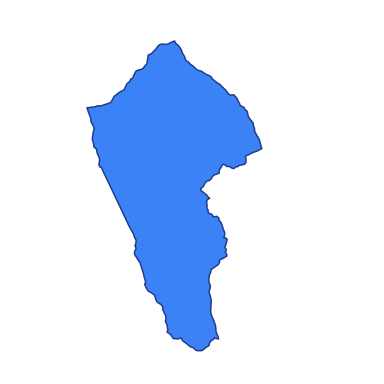 the district of Andradina, São Paulo, Brazil, rotated 333°
{"feature_id": "56859067B92284458122912", "entity_name": "Andradina", "entity_type": "district", "adm_level": 2, "iso_a3": "BRA", "parent_name": "Brazil", "parent_adm1": "São Paulo", "projection": "equal_earth", "projection_center": [-51.316, -20.865], "detail": "fine", "context": "isolated", "style": "filled", "palette": "blue", "viewbox_px": 384, "rotation_deg": 333, "n_neighbors": 0, "source": "geoboundaries", "source_scale": "gbopen_adm2", "svg_char_len": 3667}
<svg xmlns="http://www.w3.org/2000/svg" viewBox="0 0 384 384"><g transform="rotate(333 192 192)"><path d="M274.0,184.9L274.2,182.6L275.0,179.7L275.7,176.3L275.7,172.9L275.4,170.7L275.4,168.5L275.4,166.2L276.5,163.8L276.9,160.8L277.8,158.2L277.2,155.5L276.6,152.6L276.5,149.7L277.4,146.9L277.7,144.7L276.5,142.2L276.8,140.4L275.5,138.5L274.2,136.9L274.5,134.7L274.4,132.1L274.6,129.6L274.2,127.2L273.3,124.3L271.1,123.6L269.3,122.0L268.8,119.5L268.3,116.5L267.4,114.1L266.6,111.8L266.1,109.9L265.4,108.2L263.8,105.8L262.4,102.6L261.3,99.9L261.3,97.8L259.8,95.6L258.4,94.1L257.1,92.0L255.3,88.7L252.3,86.0L251.4,84.0L250.5,81.3L249.3,78.6L248.4,77.2L247.9,74.6L246.3,72.2L246.6,69.6L246.8,67.0L246.5,64.0L247.0,60.9L246.9,58.2L246.3,55.2L244.9,52.0L245.0,49.6L242.4,49.2L239.6,49.2L237.3,49.2L234.9,48.2L233.1,46.9L231.3,46.2L229.5,46.1L227.8,46.6L224.1,48.6L222.5,48.9L220.5,49.7L218.5,50.3L215.0,50.2L213.9,52.0L212.1,54.2L210.9,56.2L209.7,57.4L208.0,58.0L206.5,58.6L204.5,59.7L202.6,59.8L199.6,59.0L197.2,58.8L195.6,59.8L192.8,61.9L190.8,63.6L188.5,63.6L186.8,65.2L183.2,66.0L180.6,68.0L177.7,70.2L176.2,70.1L174.7,70.1L173.3,70.2L171.7,70.3L167.9,71.2L166.0,71.4L162.7,73.9L160.1,75.3L157.5,75.1L149.9,73.9L148.3,73.0L146.4,72.2L143.8,72.0L140.5,70.6L138.2,70.0L136.7,69.4L136.3,71.6L135.9,74.3L135.7,76.7L135.4,79.2L134.9,81.3L134.0,83.2L134.0,87.5L133.9,90.5L132.6,92.3L130.8,94.3L129.5,96.4L128.0,98.2L126.8,100.6L126.6,102.6L126.1,105.0L125.1,107.2L126.3,110.4L125.0,115.2L125.0,118.8L124.5,121.0L122.8,123.6L121.4,125.5L121.2,127.6L122.4,129.0L122.2,132.8L121.8,148.4L120.8,183.5L120.5,192.2L120.4,194.3L120.6,197.1L120.7,200.4L120.8,203.5L120.1,206.6L120.4,209.5L118.4,212.6L117.0,213.7L116.5,217.1L113.8,219.0L112.7,220.8L112.5,222.7L112.9,224.8L113.1,228.4L113.6,231.4L113.0,234.8L112.3,238.8L111.9,242.1L111.2,244.2L110.7,246.5L110.4,248.9L109.4,251.8L107.9,252.7L107.7,256.9L108.1,260.8L109.7,262.7L111.8,267.0L111.0,271.3L110.8,273.3L111.6,275.4L113.4,278.4L113.8,281.3L112.5,283.5L112.3,290.9L111.2,293.3L109.5,295.2L109.5,299.3L108.6,301.5L107.8,304.0L106.2,305.5L107.3,307.5L108.2,309.2L108.8,314.0L110.8,315.4L113.0,316.6L115.9,316.9L116.2,320.6L117.4,322.8L118.9,326.0L120.2,328.9L122.4,331.3L123.3,333.9L124.6,335.8L126.9,336.9L129.0,337.9L134.5,336.7L136.2,336.7L137.7,336.3L139.1,334.3L140.8,333.7L142.2,332.9L143.9,333.2L145.5,332.2L148.9,334.9L149.6,332.6L149.6,329.9L150.2,326.7L151.2,324.7L152.2,321.8L152.7,319.0L153.2,315.0L153.3,311.7L153.8,308.7L154.9,305.8L156.3,303.9L157.5,301.4L159.4,298.5L160.5,295.4L161.2,292.2L161.7,289.4L162.7,287.7L164.6,285.7L165.8,283.9L166.0,281.2L166.9,278.3L167.9,276.5L170.1,273.7L172.1,272.1L173.4,270.1L175.8,269.5L181.0,268.8L182.7,268.5L184.6,267.1L185.6,265.1L189.6,265.2L193.9,264.9L194.6,263.3L194.5,260.6L196.4,259.0L196.2,256.2L199.2,253.2L200.5,251.7L201.8,250.4L201.4,248.5L199.6,247.1L201.2,245.6L202.7,243.1L203.0,239.2L203.8,234.6L204.0,232.2L203.2,229.8L204.1,227.5L203.0,224.9L199.9,224.0L199.5,220.8L197.7,219.0L197.2,217.1L198.1,215.7L197.8,213.4L199.5,210.4L200.2,208.2L201.2,206.4L202.6,205.8L204.8,205.5L204.0,203.2L203.7,201.3L202.0,197.6L200.6,194.5L201.5,192.8L203.7,192.6L205.8,191.4L207.1,190.3L208.5,189.5L210.3,189.1L212.8,189.6L215.2,188.9L217.7,187.3L220.0,186.9L223.0,187.4L224.7,187.5L226.5,184.7L228.5,183.7L229.8,182.7L231.8,181.4L233.3,182.0L234.6,185.1L236.9,186.2L238.3,188.7L239.5,189.9L240.9,189.9L242.7,189.4L244.2,190.2L245.7,189.8L247.2,189.9L249.4,190.7L251.5,191.1L253.3,190.3L255.2,187.0L255.8,184.4L257.6,184.3L260.3,184.5L262.3,184.4L265.1,184.5L266.8,184.9L269.2,185.1L271.8,185.1L274.0,184.9Z" fill="#3b82f6" stroke="#1e3a8a" stroke-width="1.5"/></g></svg>